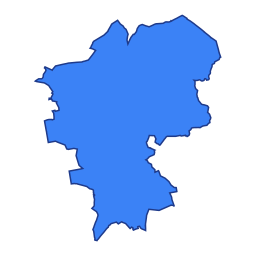 outline of Pūres pag., Tukums, Latvia
{"feature_id": "27541924B42244079207170", "entity_name": "Pūres pag.", "entity_type": "district", "adm_level": 2, "iso_a3": "LVA", "parent_name": "Latvia", "parent_adm1": "Tukums", "projection": "mercator", "projection_center": [22.936, 57.042], "detail": "fine", "context": "isolated", "style": "filled", "palette": "blue", "viewbox_px": 256, "rotation_deg": 0, "n_neighbors": 0, "source": "geoboundaries", "source_scale": "gbopen_adm2", "svg_char_len": 5451}
<svg xmlns="http://www.w3.org/2000/svg" viewBox="0 0 256 256"><path d="M71.3,183.9L72.1,183.7L72.9,183.8L74.0,183.5L75.2,183.7L76.1,183.7L77.3,183.8L77.5,184.0L83.2,185.5L86.8,186.5L89.8,188.8L91.3,189.1L92.7,189.6L92.8,189.6L93.4,190.3L93.4,191.5L93.5,192.2L93.4,192.7L93.6,192.8L93.7,193.6L93.7,194.0L93.5,194.4L93.5,194.6L94.0,194.7L94.5,194.8L94.6,195.2L94.5,195.4L93.8,195.8L93.7,196.0L94.0,196.4L93.9,196.8L94.1,197.9L94.5,199.0L94.5,199.6L94.3,201.8L94.2,202.8L94.3,203.9L94.2,205.6L94.1,206.0L93.0,207.3L91.9,208.4L93.5,209.6L95.0,210.6L96.3,211.5L96.5,211.6L97.8,214.1L98.0,215.5L96.4,220.5L95.6,222.1L94.2,226.0L93.9,227.0L92.9,229.6L93.6,231.0L93.7,231.4L93.9,232.6L94.3,235.8L94.5,237.3L94.9,238.1L94.9,238.9L94.8,239.5L94.9,240.1L97.0,240.6L97.4,239.9L98.4,238.9L100.5,236.1L102.2,234.1L103.7,232.4L106.5,228.8L107.5,227.8L107.6,227.6L108.2,227.3L108.3,227.1L108.8,225.5L110.2,224.8L110.8,223.9L111.2,223.6L116.4,222.1L118.3,223.9L121.6,221.8L121.8,221.8L122.4,222.3L125.6,223.5L127.1,225.2L128.4,226.6L128.5,226.8L130.0,228.4L130.1,228.5L131.7,227.1L133.1,228.1L133.0,228.4L132.9,228.6L132.9,229.2L133.1,229.7L133.4,230.1L136.3,228.9L138.2,228.4L137.7,226.7L137.8,226.6L139.6,226.3L140.6,228.0L141.6,228.8L144.8,230.1L145.6,230.5L145.6,228.4L145.5,225.5L145.4,225.5L145.5,225.2L145.5,223.9L146.4,217.4L146.6,215.3L148.6,210.0L148.9,209.3L159.1,210.4L171.2,205.1L171.9,205.3L173.3,205.4L174.3,206.4L171.9,199.5L171.6,197.1L169.7,192.9L176.8,191.6L176.9,191.4L176.8,191.2L176.2,187.6L174.2,187.5L171.0,185.0L168.9,181.6L165.1,178.2L160.5,175.9L158.8,171.2L158.4,170.7L155.0,172.2L154.9,170.3L154.9,169.7L152.6,167.6L151.9,167.0L151.4,164.3L148.3,162.7L147.4,160.8L145.9,159.8L147.2,159.1L149.3,156.8L151.4,155.8L152.5,155.4L153.6,154.8L154.1,154.6L154.6,152.7L154.6,152.2L154.5,151.6L154.4,150.7L154.3,150.4L154.8,150.1L152.8,149.2L151.4,148.6L150.3,148.2L150.4,147.9L148.2,147.5L146.7,143.9L146.4,142.1L146.8,141.5L147.2,141.3L148.7,137.6L149.3,135.5L154.4,135.7L156.0,139.0L155.6,139.7L155.3,141.3L155.1,142.1L157.1,143.7L158.4,144.0L159.4,145.1L160.1,145.0L162.8,141.4L163.5,140.5L164.5,139.0L165.0,138.6L166.3,136.8L167.3,136.3L174.4,136.3L174.5,136.3L175.7,136.3L178.2,135.8L180.2,135.4L180.3,135.4L181.1,136.0L181.3,136.0L185.5,135.3L185.6,135.9L186.6,135.9L187.1,136.5L187.4,136.4L189.0,135.3L189.6,133.7L189.5,133.3L189.2,131.6L189.1,130.9L189.2,130.7L190.4,130.0L190.8,129.6L191.0,129.3L191.4,128.3L192.0,127.9L193.0,127.7L194.2,127.6L199.1,127.5L200.0,127.7L202.4,126.2L203.8,125.8L206.9,125.3L208.4,123.5L208.6,123.3L209.9,122.6L209.6,120.5L210.5,119.0L210.8,117.6L210.2,116.1L209.6,114.4L209.5,114.2L207.6,112.3L207.8,111.7L208.6,107.4L207.8,106.3L207.5,105.9L207.4,105.8L204.4,104.9L202.4,104.5L201.5,104.2L199.1,101.2L198.6,100.7L197.7,97.5L197.2,97.0L197.2,96.9L197.1,95.7L196.9,94.7L196.8,94.2L197.6,90.5L195.6,88.6L194.8,86.0L194.7,85.9L195.0,84.5L195.0,82.5L195.0,81.2L194.2,80.3L195.8,80.5L197.2,80.4L197.4,80.4L199.3,79.8L199.5,79.8L200.0,79.9L201.3,80.8L201.7,80.9L202.1,81.0L203.5,80.6L203.9,80.4L204.1,80.2L204.6,79.0L204.9,78.7L205.3,78.7L205.7,78.8L206.0,79.1L206.6,80.1L206.8,80.2L207.5,79.9L208.4,79.8L208.6,79.7L209.0,79.2L209.1,78.8L209.2,78.5L208.8,77.3L208.7,76.7L208.7,76.2L208.8,75.3L209.0,75.0L209.9,74.0L210.2,73.6L210.4,73.0L210.4,72.8L210.3,71.2L210.8,69.7L211.3,68.3L211.7,67.4L211.9,67.0L212.0,66.6L212.1,65.8L212.1,64.9L212.2,64.6L212.5,64.3L214.1,63.6L214.4,63.3L214.5,63.1L214.7,61.9L214.8,61.8L219.1,59.5L219.8,57.6L220.7,57.1L220.2,56.1L220.3,56.0L219.5,53.8L218.9,51.7L218.3,49.2L216.4,42.3L216.1,41.1L214.0,39.6L210.9,37.5L210.7,37.5L210.7,37.3L208.8,35.6L206.4,33.7L204.2,32.0L204.3,31.9L201.3,29.4L198.2,27.0L195.2,24.7L194.0,23.7L190.1,20.9L188.3,19.9L186.9,18.9L187.0,18.6L187.0,18.4L183.2,15.9L182.2,15.4L179.8,16.6L178.3,17.4L176.5,18.4L175.0,19.1L172.3,20.5L171.3,21.2L171.1,21.1L170.9,20.8L170.3,21.5L169.8,21.8L168.8,22.0L166.1,21.9L165.5,22.0L165.0,22.2L163.2,23.3L160.5,23.5L156.0,23.8L154.5,24.3L152.3,25.4L149.1,26.8L147.5,26.3L145.7,25.8L142.3,24.5L140.5,25.1L139.1,25.8L137.3,28.5L136.4,31.6L134.9,33.6L134.3,34.4L133.3,34.3L131.0,37.3L130.1,39.1L127.9,44.0L127.0,40.1L127.6,36.0L128.1,34.2L126.8,31.1L126.0,29.3L124.4,28.1L123.0,25.9L121.9,25.2L120.3,24.0L117.6,20.3L111.8,24.0L111.1,25.2L110.6,26.2L108.1,30.5L108.2,30.9L107.4,31.8L104.0,35.1L93.7,41.3L92.8,42.6L92.6,43.7L91.4,45.8L90.9,47.2L90.1,48.2L92.4,48.8L93.7,49.4L95.6,50.4L92.3,55.0L88.4,60.0L86.1,60.7L85.3,61.0L83.0,61.5L81.9,62.0L76.7,62.3L68.3,63.1L66.8,63.5L62.8,64.3L55.5,66.0L52.7,69.4L52.1,69.9L52.1,70.1L45.0,66.9L44.5,67.9L44.8,68.1L45.6,69.2L46.0,70.1L45.5,71.4L44.3,73.2L43.6,74.1L43.4,74.6L43.3,75.5L43.1,77.1L43.0,77.4L42.2,78.5L41.6,78.8L38.7,78.8L35.9,80.6L35.3,81.1L36.7,81.6L44.3,82.9L45.1,83.3L48.5,85.4L48.9,85.8L49.9,87.4L52.8,91.6L51.8,93.1L52.7,93.6L52.9,93.9L52.9,94.1L51.0,97.9L51.3,98.5L49.2,98.2L49.0,99.5L50.1,99.2L50.6,99.1L51.1,99.2L51.7,99.5L51.9,99.7L52.1,100.0L52.1,100.3L52.3,100.8L52.5,101.0L54.0,101.2L56.2,101.7L56.8,101.9L56.7,102.2L56.4,103.0L58.8,107.6L59.0,110.3L55.3,111.3L54.9,110.3L52.3,111.0L52.9,111.9L53.7,113.3L54.0,116.4L54.1,119.1L52.2,119.9L51.8,119.5L48.9,119.5L47.1,119.9L44.5,120.9L46.4,131.5L46.5,131.2L46.6,132.6L48.3,142.5L55.5,141.2L57.7,142.2L65.0,145.0L66.8,149.0L67.9,149.2L68.2,149.4L73.9,148.4L77.3,149.1L76.1,155.7L78.3,162.9L78.5,163.5L79.1,165.4L82.7,168.5L80.0,169.1L69.2,171.1L71.3,183.9Z" fill="#3b82f6" stroke="#1e3a8a" stroke-width="1.5"/></svg>